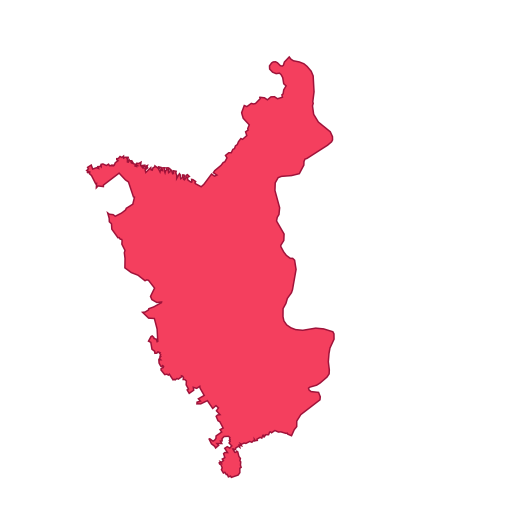 outline of Brahamanbaria, Chittagong, Bangladesh, rotated 145°
{"feature_id": "16705992B2831557138260", "entity_name": "Brahamanbaria", "entity_type": "district", "adm_level": 2, "iso_a3": "BGD", "parent_name": "Bangladesh", "parent_adm1": "Chittagong", "projection": "orthographic", "projection_center": [91.088, 23.957], "detail": "fine", "context": "isolated", "style": "filled", "palette": "rose", "viewbox_px": 512, "rotation_deg": 145, "n_neighbors": 0, "source": "geoboundaries", "source_scale": "gbopen_adm2", "svg_char_len": 6147}
<svg xmlns="http://www.w3.org/2000/svg" viewBox="0 0 512 512"><g transform="rotate(145 256 256)"><path d="M394.6,234.3L393.0,233.3L391.3,233.7L390.2,232.0L390.8,232.0L390.7,229.8L392.1,229.0L391.7,228.3L393.9,227.5L393.6,225.7L395.1,226.7L396.8,223.9L397.2,220.4L396.4,219.5L395.3,219.8L395.0,218.6L396.0,217.8L398.2,218.3L399.2,217.1L398.8,211.2L396.8,210.3L396.1,208.7L394.8,208.9L395.0,202.1L393.8,202.0L393.4,200.9L391.0,201.0L390.3,199.7L386.0,199.7L385.7,200.5L385.1,199.7L385.1,198.0L386.5,196.6L385.1,195.5L384.7,193.6L387.1,190.5L387.6,185.8L389.2,185.8L389.5,181.8L384.0,181.8L382.7,184.4L380.5,181.6L376.8,181.5L377.6,180.0L378.4,171.5L385.1,172.1L384.7,169.0L388.1,170.1L389.2,168.8L386.1,166.6L378.8,165.4L378.9,156.0L374.6,156.4L373.9,153.1L377.2,151.9L376.5,146.7L378.7,147.8L380.6,147.5L381.6,142.9L380.7,140.9L381.6,133.9L385.0,134.4L385.1,131.5L391.9,131.5L393.5,129.5L395.5,128.9L397.4,129.0L398.7,132.8L399.4,132.9L400.2,127.7L399.0,123.8L399.2,121.9L395.2,122.3L395.5,124.7L391.6,122.0L391.3,124.8L389.8,124.0L388.5,125.9L385.6,126.4L382.0,124.1L381.5,122.2L382.6,121.3L382.6,120.3L383.7,120.1L383.5,119.0L385.3,118.3L384.8,114.3L387.7,113.7L388.9,116.3L391.9,116.4L392.1,111.3L394.3,112.9L395.9,112.7L397.2,108.7L400.1,109.0L400.0,107.1L402.7,106.9L403.1,107.7L403.2,106.7L403.7,107.8L404.8,107.7L405.1,106.4L404.4,105.3L405.2,101.8L406.9,100.8L407.2,96.9L405.6,96.7L405.7,94.0L404.8,93.6L405.3,90.9L403.1,90.3L403.2,88.8L396.3,86.8L393.5,87.8L391.0,91.4L389.4,91.4L388.7,93.6L386.6,96.1L386.6,97.6L384.9,99.1L385.0,101.6L383.3,106.0L383.7,107.2L385.2,106.7L386.0,107.3L385.7,111.2L384.9,110.7L385.2,109.8L383.8,109.2L382.9,110.3L379.5,110.3L379.0,108.6L378.1,110.8L376.7,108.9L376.4,111.2L375.8,110.1L373.1,109.6L371.8,108.3L367.5,107.7L366.2,105.8L364.1,106.1L363.4,105.4L362.5,106.8L362.6,105.2L360.7,104.2L360.2,105.4L356.7,105.1L355.7,103.5L353.3,105.2L352.6,104.8L353.6,103.8L353.2,103.1L350.5,104.0L348.2,102.4L345.9,103.9L345.0,103.6L344.7,102.3L340.6,102.2L338.6,98.9L336.5,97.7L333.2,93.5L332.0,92.9L332.2,91.9L330.0,88.4L324.3,91.8L320.5,92.9L317.3,97.4L310.3,100.4L286.1,101.5L284.1,103.8L283.0,108.4L288.7,113.4L289.4,116.0L288.8,117.6L287.1,117.7L280.4,115.4L276.3,115.2L267.3,116.1L263.7,117.5L261.3,120.6L257.4,127.9L252.2,134.2L248.2,138.2L239.8,143.1L236.8,147.5L236.5,149.9L242.4,157.5L248.5,162.7L260.3,168.3L265.8,173.0L268.6,177.2L270.4,181.9L270.4,186.8L268.7,190.8L264.0,197.4L258.7,200.0L254.6,203.3L248.0,205.6L245.4,207.5L230.9,222.0L226.8,230.4L227.3,233.0L229.3,234.5L230.8,239.1L231.0,243.3L230.3,249.4L229.6,250.5L224.3,252.8L220.4,257.9L219.1,272.9L216.4,275.5L213.4,276.8L209.0,281.9L202.9,298.8L198.3,304.9L192.9,307.5L189.4,306.6L180.8,301.5L173.3,298.6L164.7,303.0L162.6,305.8L160.3,307.3L158.4,306.7L133.8,305.7L128.6,306.2L126.7,307.2L124.9,309.9L123.9,315.2L128.1,329.9L127.5,339.0L123.6,346.6L121.6,348.2L121.0,349.8L114.3,357.2L105.9,370.7L104.8,375.7L105.4,382.0L106.5,386.0L109.2,390.1L113.4,394.5L114.5,397.2L114.6,400.0L121.5,398.6L124.2,396.5L125.6,396.5L126.9,397.9L127.6,402.0L128.6,403.9L130.6,405.1L132.5,405.2L135.9,404.0L137.6,401.3L137.0,397.1L134.9,393.8L131.9,392.3L131.4,390.3L131.8,386.8L134.5,381.2L133.8,378.1L138.0,376.2L140.8,373.3L142.3,373.2L143.3,370.9L148.2,372.5L149.5,375.9L152.5,377.8L157.1,377.4L158.3,380.7L162.2,384.2L161.7,382.9L162.3,382.5L169.0,381.2L171.0,382.1L172.3,383.7L177.8,383.6L179.3,386.0L185.5,381.7L186.1,380.3L187.5,376.1L186.3,367.3L189.6,365.2L190.3,363.7L193.3,363.7L194.5,359.9L200.1,359.3L201.0,360.9L204.8,359.7L207.4,358.0L209.7,358.0L212.0,356.3L213.8,356.6L217.0,354.8L219.1,356.2L223.3,355.9L223.5,353.0L227.5,351.0L229.3,351.4L232.5,350.3L240.9,349.6L243.1,348.7L241.6,344.7L244.2,345.2L245.4,348.6L257.6,344.6L261.2,344.2L264.1,349.9L264.1,350.9L262.7,351.6L263.9,354.8L264.8,355.7L266.0,353.5L266.8,353.6L268.2,357.2L267.3,359.7L265.0,359.4L265.5,362.0L267.0,362.1L268.6,360.3L270.9,359.4L271.3,360.3L268.7,362.5L268.5,363.7L269.6,364.5L271.1,362.3L273.3,362.5L271.5,365.8L271.5,367.3L276.5,365.0L274.6,367.6L274.1,370.0L272.8,371.2L274.8,373.2L276.3,370.9L277.1,371.2L276.1,374.6L276.5,376.3L278.1,374.4L279.8,374.4L278.5,376.9L276.8,377.6L277.4,378.7L279.0,379.6L279.5,377.7L281.1,377.7L282.8,376.3L282.3,378.2L280.3,380.7L283.1,382.5L283.9,381.6L283.2,380.5L283.7,379.7L284.9,381.2L286.4,379.9L285.9,383.1L283.4,383.5L284.7,385.0L286.0,384.4L287.1,387.8L287.9,387.0L289.8,387.3L291.8,385.8L292.5,386.7L291.5,388.7L298.4,387.6L297.5,390.1L294.2,390.4L294.1,391.6L293.0,392.4L294.7,392.8L295.9,391.1L297.8,392.7L297.3,393.6L295.6,393.4L295.0,394.2L297.5,395.5L298.3,394.1L298.6,396.5L296.4,398.8L298.9,399.0L300.5,400.4L301.6,399.7L301.2,398.0L302.1,398.6L302.5,397.8L303.5,399.1L302.2,400.4L303.3,401.7L303.1,405.9L304.3,403.2L304.7,403.8L304.0,405.9L304.9,406.6L304.7,407.6L305.5,407.7L305.4,406.9L306.8,406.1L307.4,406.8L305.8,409.0L305.7,410.2L304.4,409.5L304.1,410.2L306.5,411.9L308.2,412.1L307.2,413.8L309.3,413.6L310.3,415.5L312.9,414.8L314.2,415.6L314.8,414.8L314.4,413.2L317.8,413.1L320.0,411.7L321.7,412.9L321.6,412.1L324.2,414.0L324.1,415.8L326.7,416.0L328.6,419.2L330.3,419.9L331.5,418.1L331.6,419.1L332.3,418.7L334.3,419.9L334.8,418.1L336.0,419.8L339.9,420.9L338.8,425.0L343.1,425.2L343.3,423.5L345.7,423.1L344.7,421.2L346.0,421.2L345.9,420.6L344.1,420.1L345.2,418.8L344.6,416.3L345.9,407.1L345.0,406.9L347.6,403.5L345.2,404.0L341.2,400.4L340.3,401.6L320.6,402.4L319.3,393.2L318.0,389.8L322.5,374.7L321.8,373.9L327.2,369.1L334.9,369.5L336.5,368.5L341.7,368.3L348.5,369.3L349.3,371.8L352.2,374.4L352.8,376.3L354.6,371.2L356.5,368.2L355.9,365.3L358.7,360.7L358.6,350.1L357.5,349.5L357.6,347.7L356.5,346.6L356.9,345.4L359.1,342.6L360.1,335.7L362.0,334.2L364.7,329.1L370.2,321.5L367.7,314.0L363.7,308.0L361.1,299.4L359.1,299.1L358.0,297.7L357.5,287.9L365.6,283.4L366.3,280.0L363.9,274.8L359.7,272.5L360.2,272.0L369.2,273.0L374.0,274.3L375.1,273.5L379.0,273.7L381.2,274.9L379.6,266.7L375.1,263.1L378.9,252.9L385.4,242.4L386.2,242.5L385.4,245.1L386.9,246.9L386.4,247.8L386.9,250.1L388.3,250.2L392.9,247.9L391.7,245.6L394.7,239.3L393.7,236.1L394.6,234.3Z" fill="#f43f5e" stroke="#9f1239" stroke-width="1.5"/></g></svg>